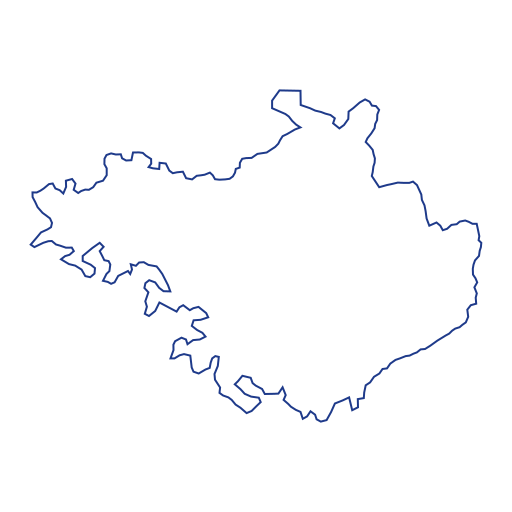 Honório Serpa, Paraná, Brazil
{"feature_id": "56859067B29869228450970", "entity_name": "Honório Serpa", "entity_type": "district", "adm_level": 2, "iso_a3": "BRA", "parent_name": "Brazil", "parent_adm1": "Paraná", "projection": "mercator", "projection_center": [-52.402, -26.16], "detail": "fine", "context": "isolated", "style": "outline", "palette": "blue", "viewbox_px": 512, "rotation_deg": 0, "n_neighbors": 0, "source": "geoboundaries", "source_scale": "gbopen_adm2", "svg_char_len": 4244}
<svg xmlns="http://www.w3.org/2000/svg" viewBox="0 0 512 512"><path d="M352.2,410.2L358.0,407.3L357.8,399.1L363.8,398.1L364.2,392.5L365.7,385.3L370.1,382.4L374.0,376.8L379.4,373.5L382.5,369.0L387.0,368.4L390.3,363.6L395.5,359.9L399.9,358.4L405.7,356.1L409.6,355.6L413.4,353.7L416.9,352.4L420.6,349.4L425.0,349.0L430.3,345.7L437.4,340.6L445.7,335.5L449.2,333.6L452.1,330.7L455.2,328.6L459.6,327.2L462.4,324.8L465.8,322.4L468.2,316.8L467.3,309.7L470.8,305.2L476.2,303.7L475.7,297.7L476.8,293.4L474.4,287.3L477.2,282.4L475.5,278.3L473.0,274.6L472.8,268.8L473.5,264.7L475.0,260.4L479.0,255.9L479.7,250.8L480.9,247.1L481.3,242.8L478.6,240.2L479.3,236.2L478.0,229.9L476.7,223.8L472.5,223.8L468.7,221.8L465.2,220.5L459.7,221.6L456.7,224.2L451.4,224.9L447.1,228.8L442.8,230.2L440.3,225.7L436.5,222.5L429.3,225.7L426.6,218.5L425.6,211.1L424.5,205.4L421.9,199.9L421.3,194.5L417.0,185.1L413.0,181.6L409.2,182.9L404.3,182.9L397.8,182.6L391.0,184.2L387.1,185.0L379.2,187.2L371.8,176.0L372.7,172.1L373.4,166.5L374.6,162.8L374.9,158.4L373.6,154.2L372.7,149.9L369.1,145.5L365.7,142.0L367.4,138.3L371.3,133.4L374.6,128.2L375.2,123.9L377.1,120.1L377.3,114.5L379.1,109.9L376.0,106.1L371.9,105.6L369.6,101.7L365.1,99.4L359.7,102.5L353.2,108.2L348.6,111.6L348.3,119.0L344.0,125.0L339.4,128.4L333.1,123.3L334.8,118.3L330.5,115.0L325.3,113.6L321.1,112.0L315.2,110.6L310.0,108.2L300.7,105.0L300.5,90.8L279.5,90.4L272.1,100.6L272.1,108.2L285.4,114.0L288.8,116.5L292.2,120.9L296.1,124.6L300.4,127.4L294.9,129.5L287.2,134.0L282.6,136.2L280.0,140.3L278.3,143.7L275.2,146.9L266.7,152.5L257.4,153.9L251.6,157.9L246.1,158.1L242.2,158.8L239.9,162.8L239.7,167.6L235.8,168.9L235.0,172.7L232.9,176.4L229.6,178.8L225.1,179.4L219.4,179.7L215.0,179.2L212.8,175.3L209.9,172.6L204.7,174.7L201.0,175.3L196.7,175.8L192.1,179.4L186.1,178.2L182.9,171.7L177.0,172.3L172.8,173.2L169.3,170.6L165.8,163.5L159.6,162.8L159.2,169.0L152.9,168.3L148.6,167.1L151.2,163.7L151.1,159.0L145.9,155.7L142.8,152.9L139.0,152.4L133.0,152.5L131.4,160.2L126.1,160.5L122.1,158.3L120.8,154.3L115.8,154.5L111.1,153.4L106.5,155.0L104.5,158.7L104.4,164.2L106.7,168.3L106.7,175.2L103.0,180.7L96.4,182.7L93.2,187.2L88.9,189.8L85.2,189.6L81.2,191.0L78.2,193.0L73.7,189.8L75.5,183.6L72.1,179.0L65.9,180.7L66.1,186.9L63.3,193.5L59.7,190.2L55.4,188.5L52.7,183.5L49.0,184.1L43.7,188.5L40.4,190.7L36.7,192.5L32.5,192.4L32.6,197.1L35.2,202.0L37.6,207.2L42.5,212.8L50.0,218.4L52.0,222.9L51.0,227.2L47.5,229.4L41.0,232.4L36.5,237.8L30.7,244.6L34.4,247.1L43.3,242.8L48.3,241.2L51.8,241.0L56.0,244.5L59.9,245.6L66.0,247.7L71.8,247.6L73.8,251.1L69.5,254.8L65.1,256.1L61.0,259.3L69.0,264.1L75.2,265.6L81.6,269.6L85.3,276.1L90.2,277.2L94.5,273.6L95.0,268.1L90.7,264.7L82.7,261.0L82.7,256.0L92.2,248.1L99.7,242.8L103.6,246.8L99.7,251.1L102.4,256.3L104.3,260.2L108.6,261.1L110.3,264.5L109.4,271.1L106.5,273.9L103.0,280.8L107.8,281.9L111.1,283.8L114.6,282.3L118.2,275.9L128.0,271.0L130.2,274.0L132.0,269.5L130.8,264.3L135.9,265.8L139.1,262.5L143.8,262.2L148.4,264.9L156.6,266.4L159.1,269.5L162.3,274.0L168.0,285.2L170.3,291.4L163.5,291.2L159.2,287.9L155.2,282.4L149.2,280.2L145.4,283.2L144.4,288.0L148.4,292.3L145.3,301.3L146.9,306.7L144.8,313.8L149.0,316.0L155.2,311.0L159.4,302.5L176.6,311.6L179.4,307.3L183.2,305.2L189.8,310.2L193.3,308.2L198.5,306.9L206.2,313.1L208.2,317.3L200.6,319.8L193.6,320.3L191.8,325.9L197.1,330.0L202.4,332.8L205.5,336.6L199.8,339.5L193.1,340.1L187.5,344.2L186.0,339.5L181.5,337.7L175.1,341.2L173.4,344.7L173.5,350.1L170.5,358.4L174.5,358.4L179.6,355.3L184.0,354.1L190.3,355.6L191.7,367.5L193.5,371.7L198.7,373.5L205.5,369.5L209.7,367.9L210.7,362.6L212.2,358.4L215.3,356.1L218.8,356.9L217.8,366.0L214.5,374.0L215.0,379.7L220.1,387.5L219.5,392.9L223.1,395.5L228.4,397.4L231.7,399.9L235.6,404.6L240.4,407.7L246.6,413.1L251.6,411.0L256.3,406.3L260.7,402.1L258.8,397.7L251.1,396.6L244.7,393.8L240.5,389.2L234.8,384.3L237.9,381.3L242.4,375.8L250.7,377.8L252.6,383.1L255.7,385.6L262.1,389.0L264.8,394.0L274.2,393.8L278.4,393.6L282.6,387.3L285.7,395.1L283.6,399.9L288.2,403.9L290.9,406.7L295.9,409.9L300.5,411.9L302.8,418.8L307.1,416.4L310.5,411.3L315.1,414.7L316.6,419.3L320.8,421.6L326.6,420.1L331.1,412.0L334.9,403.5L342.7,400.4L349.1,397.4L352.2,410.2Z" fill="none" stroke="#1e3a8a" stroke-width="2"/></svg>